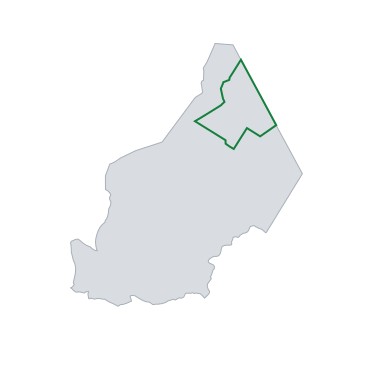 Tibesti Est, Borkou, Chad (highlighted), rotated 32°
{"feature_id": "50815135B39039287340708", "entity_name": "Tibesti Est", "entity_type": "district", "adm_level": 2, "iso_a3": "TCD", "parent_name": "Chad", "parent_adm1": "Borkou", "projection": "robinson", "projection_center": [18.315, 20.82], "detail": "fine", "context": "in_parent", "style": "outline", "palette": "green", "viewbox_px": 384, "rotation_deg": 32, "n_neighbors": 0, "source": "geoboundaries", "source_scale": "gbopen_adm2", "svg_char_len": 3967}
<svg xmlns="http://www.w3.org/2000/svg" viewBox="0 0 384 384"><g transform="rotate(32 192 192)"><path d="M275.9,118.0L276.0,126.1L276.0,134.3L276.1,142.5L276.2,150.7L276.2,158.9L276.3,167.1L276.4,175.2L276.4,183.4L276.5,186.1L276.3,187.2L276.2,187.4L275.9,187.5L272.1,186.8L270.4,186.8L268.1,187.3L264.6,187.7L262.4,187.6L260.9,189.0L259.7,190.7L260.3,194.7L260.2,196.1L259.7,197.5L258.7,198.7L257.6,199.6L257.0,200.5L256.2,202.3L255.7,203.2L255.7,204.3L255.5,205.5L254.9,206.2L253.3,206.6L252.3,207.2L251.5,208.0L250.9,208.7L251.2,209.5L251.6,210.7L251.9,212.5L252.0,213.6L252.8,214.4L253.3,215.1L253.5,215.8L253.0,216.4L251.1,217.8L250.3,218.3L249.4,218.9L249.0,219.2L247.6,220.4L246.9,221.5L246.5,222.5L246.6,223.7L247.3,225.6L248.1,227.3L248.4,228.5L248.6,229.8L248.5,231.1L248.1,232.2L247.4,233.2L244.7,235.1L243.4,237.1L242.4,239.6L242.1,241.0L242.4,241.9L242.9,242.6L243.8,243.0L244.9,243.1L246.9,242.7L248.7,242.5L250.6,243.4L251.6,245.4L251.2,247.0L251.9,249.7L252.6,253.1L252.6,254.2L252.8,254.6L254.0,254.9L254.3,255.6L253.9,261.5L254.5,263.2L255.3,264.3L256.2,265.0L257.1,265.7L257.6,266.3L258.7,266.4L259.9,267.5L260.2,268.9L260.1,270.3L259.4,273.3L258.9,275.3L258.2,275.1L256.8,274.7L255.1,274.2L253.0,273.9L251.0,274.7L248.8,275.7L248.1,276.5L247.5,277.0L246.6,276.9L245.7,277.1L245.3,277.8L244.5,278.6L241.4,280.4L240.7,281.0L240.3,281.6L240.3,282.3L240.6,283.7L240.6,285.4L239.9,286.8L239.1,287.8L238.2,288.1L237.5,288.3L237.0,288.9L235.3,292.1L234.6,292.7L233.2,292.6L229.1,297.4L228.7,298.8L227.2,300.8L225.3,303.0L223.6,304.1L223.5,304.5L223.0,305.0L222.0,305.4L218.4,308.2L214.0,308.0L212.1,309.1L210.2,309.6L207.5,310.1L206.7,310.1L203.2,310.3L199.1,310.2L197.5,310.6L196.0,311.6L194.9,312.5L194.7,312.8L194.9,313.2L194.9,313.5L197.7,315.7L198.5,316.8L197.7,317.8L197.4,318.0L196.9,318.9L195.2,321.4L192.6,324.4L191.3,325.2L190.8,325.8L190.1,327.7L189.7,328.0L187.9,328.2L184.4,328.5L179.6,329.1L176.7,329.3L174.9,329.1L172.4,330.5L171.5,330.8L170.9,330.9L168.4,332.3L166.3,334.3L165.6,334.7L162.6,335.6L161.5,337.0L160.9,337.1L159.1,335.2L157.8,333.5L157.2,331.8L157.1,331.3L156.7,331.4L155.7,332.2L154.8,333.0L154.4,334.6L151.3,335.7L148.8,336.7L147.6,337.9L145.8,338.5L143.4,338.2L141.6,337.7L139.9,337.6L140.7,336.1L141.0,335.0L141.1,333.6L141.0,332.7L139.9,332.3L139.3,331.5L137.8,327.3L136.2,322.9L134.0,318.6L131.6,315.9L129.9,314.2L129.3,314.0L128.5,313.4L127.8,313.0L124.7,310.0L121.4,306.8L120.5,305.3L118.9,303.0L117.1,300.7L116.1,299.7L115.7,297.8L117.0,296.1L118.3,294.0L120.0,292.5L122.1,292.4L125.7,293.0L129.5,293.2L133.3,292.8L134.3,292.5L135.3,292.5L137.3,293.0L140.9,292.9L142.8,292.0L140.8,290.5L138.7,288.2L136.7,285.6L135.5,283.3L134.4,280.3L133.3,276.5L132.7,271.7L132.8,269.0L133.2,267.0L134.2,263.9L133.5,262.0L133.7,260.5L133.6,258.3L133.3,257.2L131.9,253.5L131.6,253.1L130.4,250.5L129.9,246.3L128.5,243.4L126.3,242.1L125.0,240.4L124.6,237.5L123.7,236.7L120.2,235.7L117.3,235.7L115.2,232.4L112.5,228.1L110.0,224.2L108.4,216.3L107.5,211.8L108.6,210.4L110.7,207.2L113.3,201.1L119.3,191.6L122.4,186.7L128.5,179.4L136.0,170.5L140.2,165.4L140.9,156.3L141.7,146.6L142.3,139.2L143.0,130.5L143.6,123.3L144.0,118.0L144.6,110.5L145.1,109.1L148.0,103.2L148.3,102.4L147.7,101.4L143.6,96.4L142.3,95.3L141.6,92.7L142.6,91.2L137.7,82.8L136.5,81.8L135.9,80.8L135.9,79.3L135.8,73.5L134.5,64.4L132.9,53.8L138.7,50.8L143.1,48.5L148.8,45.5L154.0,48.5L161.6,52.9L169.2,57.2L176.7,61.6L184.3,65.9L191.9,70.2L199.5,74.6L207.1,78.9L214.7,83.3L222.4,87.6L230.0,91.9L237.6,96.3L245.3,100.6L252.9,104.9L260.6,109.3L268.2,113.6L275.9,118.0Z" fill="#d9dde1" stroke="#a8b0b8" stroke-width="1"/><path d="M228.0,90.7L199.5,74.4L196.1,72.5L163.4,53.9L163.4,68.8L163.3,75.0L164.2,77.2L160.4,82.3L160.6,82.6L161.7,89.1L165.1,92.6L168.8,96.4L171.8,98.4L171.1,100.9L170.8,102.0L170.7,102.9L163.1,118.4L157.0,130.4L193.0,130.3L194.9,133.2L199.5,133.5L204.6,133.4L204.7,108.7L220.3,108.7L228.0,90.7Z" fill="none" stroke="#15803d" stroke-width="2"/></g></svg>